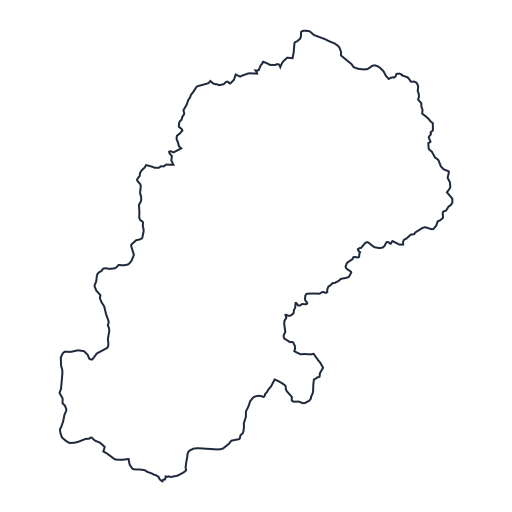 the district of Dinh Hoa, Thái Nguyên, Vietnam
{"feature_id": "81297802B90284781247335", "entity_name": "Dinh Hoa", "entity_type": "district", "adm_level": 2, "iso_a3": "VNM", "parent_name": "Vietnam", "parent_adm1": "Thái Nguyên", "projection": "albers", "projection_center": [105.636, 21.896], "detail": "fine", "context": "isolated", "style": "outline", "palette": "slate", "viewbox_px": 512, "rotation_deg": 0, "n_neighbors": 0, "source": "geoboundaries", "source_scale": "gbopen_adm2", "svg_char_len": 5975}
<svg xmlns="http://www.w3.org/2000/svg" viewBox="0 0 512 512"><path d="M146.1,165.1L144.7,167.5L141.7,170.3L140.7,171.8L140.0,173.2L139.7,176.0L137.9,178.1L137.0,179.8L137.6,181.1L140.3,184.3L140.8,185.8L140.1,192.7L140.3,194.4L141.1,196.2L141.2,200.1L140.5,202.2L139.0,204.7L139.4,212.7L139.2,217.7L140.3,220.2L142.0,221.2L142.7,221.9L143.0,222.8L142.8,226.3L143.5,228.8L143.6,231.4L142.3,237.8L142.0,238.3L140.0,239.4L136.2,240.2L131.3,244.6L131.2,246.1L133.9,254.9L131.5,260.8L129.4,263.4L128.0,264.4L125.4,265.1L121.9,265.3L118.7,264.9L116.3,267.4L115.0,268.2L113.7,268.5L109.4,268.9L105.5,268.2L103.1,268.7L101.5,270.9L99.2,272.2L97.6,273.8L96.9,275.6L96.2,281.4L94.6,285.4L94.6,286.4L96.3,290.6L100.4,295.1L99.9,297.6L100.3,299.3L101.5,302.2L104.2,306.4L106.0,313.9L108.6,321.3L108.5,323.2L107.8,325.4L108.9,327.7L109.3,330.6L107.9,338.9L108.4,343.9L108.0,346.7L107.2,347.9L96.8,353.5L92.3,359.5L90.1,359.3L89.3,358.7L87.6,354.7L83.9,351.1L78.0,350.3L70.7,351.9L64.7,351.7L62.9,353.2L60.8,357.3L61.0,365.2L62.3,370.0L62.4,373.3L61.0,388.9L59.6,392.5L59.7,393.2L62.6,398.4L62.6,403.4L65.0,405.7L66.3,409.4L66.1,411.1L64.4,414.9L63.2,421.2L61.2,427.1L60.1,428.8L60.0,430.2L60.6,433.8L62.0,437.5L66.0,441.0L69.5,443.0L74.0,442.8L77.7,442.0L85.7,438.9L88.3,438.8L89.9,438.4L90.4,437.7L91.1,437.5L91.9,437.8L94.9,440.6L99.8,442.6L102.9,445.2L104.7,447.0L103.4,451.5L107.0,453.5L114.2,458.9L115.8,459.6L122.1,459.8L128.6,459.0L129.1,462.3L129.8,464.9L132.5,468.8L134.3,469.4L139.5,469.5L144.5,470.1L147.4,471.9L152.1,473.6L153.7,474.6L155.7,475.1L158.5,476.8L159.4,478.8L160.8,480.4L162.5,481.3L162.8,480.1L163.3,479.7L165.1,479.4L165.7,476.4L167.7,476.9L168.4,476.3L170.7,477.0L177.4,475.7L183.4,472.6L186.1,470.4L185.6,467.7L186.2,462.5L187.4,456.1L187.4,454.4L188.3,452.0L189.8,450.4L193.7,448.6L197.9,448.2L216.6,449.4L220.1,449.3L223.0,448.5L223.9,447.8L228.8,443.9L231.3,440.7L239.2,439.1L239.8,438.5L240.2,436.2L240.8,435.0L242.8,433.1L243.5,431.1L244.0,426.1L243.8,423.5L245.9,416.8L245.9,411.5L248.4,406.5L250.2,401.2L252.9,397.9L253.9,397.0L255.9,396.3L258.2,395.8L261.3,396.1L263.5,397.0L263.9,396.8L264.9,395.4L265.1,394.0L266.7,392.4L268.7,389.1L271.1,386.4L274.6,379.5L278.1,381.0L282.7,383.6L285.3,385.7L285.7,386.5L285.8,389.1L286.7,391.1L291.9,397.0L291.7,400.0L292.2,401.0L293.9,401.7L298.8,401.6L302.6,403.1L304.8,403.1L309.1,400.8L310.4,399.3L311.0,398.1L311.0,397.0L312.7,393.3L313.1,391.4L313.3,384.9L313.9,379.5L316.3,378.3L316.9,377.6L319.5,376.8L320.0,373.0L323.1,367.8L320.0,362.3L318.4,360.6L313.6,353.8L310.6,354.4L304.4,354.0L300.6,354.3L297.0,352.6L294.3,351.2L295.0,348.6L294.9,346.0L293.2,342.5L292.3,342.0L290.0,342.1L284.5,338.7L283.8,337.4L283.6,336.2L283.9,334.7L285.3,332.0L284.2,324.0L284.4,320.8L286.2,318.1L286.3,317.4L285.5,314.9L286.1,314.8L288.1,315.7L289.5,315.8L291.1,315.3L292.8,314.0L293.5,313.0L294.1,309.8L295.2,307.6L295.6,303.0L296.2,303.0L298.2,305.5L298.7,305.6L300.4,305.3L301.5,304.4L302.5,304.0L305.7,304.3L307.1,303.7L307.2,302.8L305.4,300.5L305.0,299.3L305.3,295.7L306.2,294.1L307.2,293.7L313.6,293.5L319.6,293.7L321.8,292.3L322.8,292.0L323.6,292.0L325.0,292.8L326.3,292.7L327.3,292.0L327.2,289.7L328.4,286.6L330.8,285.0L332.4,283.2L334.9,282.9L338.8,280.8L340.8,278.9L346.5,277.8L348.3,277.2L349.3,276.3L351.3,272.3L351.0,271.7L347.0,269.0L345.8,267.7L345.6,266.5L346.7,263.4L348.4,261.8L352.4,259.2L353.4,257.2L354.9,257.0L357.7,257.5L359.1,256.9L359.4,253.3L360.1,252.3L358.1,250.3L357.9,249.2L359.3,248.2L361.1,247.9L365.0,243.2L366.5,242.3L367.7,242.2L368.7,242.8L372.9,246.2L374.8,247.3L379.6,248.1L382.6,247.6L384.3,246.2L386.5,242.2L388.0,242.0L390.6,243.8L391.2,243.1L392.0,241.5L392.6,241.1L399.4,244.6L403.1,244.6L403.1,241.6L403.8,240.1L404.6,239.4L406.4,238.6L410.8,234.6L414.2,234.2L415.2,232.5L422.6,227.9L425.1,227.2L431.3,229.1L433.0,229.1L433.7,228.7L436.2,225.7L437.7,221.4L440.0,220.4L442.8,218.1L443.0,217.3L442.7,212.8L443.0,211.9L443.7,211.4L446.0,210.6L448.7,206.4L450.8,205.1L452.4,202.5L452.3,198.6L446.9,192.3L449.5,188.9L450.3,187.2L450.0,182.6L447.6,177.7L448.7,173.3L448.9,171.7L448.2,171.1L443.8,169.4L440.9,166.5L438.5,160.3L437.2,159.0L435.0,157.5L431.9,151.8L429.3,149.6L428.7,148.8L428.3,143.1L430.1,142.2L430.5,141.7L429.0,138.2L428.8,136.9L430.9,134.3L430.6,132.7L430.8,132.2L432.9,130.4L432.8,123.2L430.2,121.0L428.9,119.2L425.6,116.2L422.2,113.7L422.5,109.8L421.4,106.7L421.3,103.3L418.1,99.6L419.0,96.7L418.6,93.2L417.7,91.1L418.2,86.4L417.3,84.0L416.2,82.5L414.1,81.6L410.9,81.7L408.5,78.2L407.6,77.7L407.6,77.3L402.2,75.5L401.8,75.2L401.8,74.6L399.4,73.6L396.5,73.9L395.5,76.4L395.0,77.0L393.8,77.6L392.9,77.3L391.3,77.6L388.7,78.9L385.9,75.8L383.8,71.8L382.8,70.5L379.4,67.3L377.4,66.2L375.2,65.4L372.7,65.6L367.6,69.0L366.3,69.3L363.3,69.4L358.2,68.8L353.7,67.2L351.5,64.1L341.1,55.6L340.9,55.1L341.1,52.2L339.8,48.3L338.8,46.7L337.1,45.2L334.5,43.4L328.8,41.1L325.1,39.2L313.9,35.0L310.3,31.8L308.6,31.0L304.2,30.7L302.2,31.1L301.1,32.0L300.9,36.5L300.1,38.7L297.3,41.2L295.1,42.2L294.5,42.8L293.6,52.9L292.5,58.2L287.2,57.7L283.2,61.4L281.7,63.7L280.3,67.1L279.8,65.7L278.6,64.3L276.8,64.2L275.2,65.0L270.0,64.9L266.6,63.1L263.1,61.7L262.8,61.9L262.6,63.1L260.6,65.5L258.7,70.2L257.7,70.5L255.5,70.4L256.5,71.7L257.1,73.6L249.6,73.3L248.1,73.5L242.4,75.5L240.1,76.6L235.7,74.5L234.0,79.7L230.4,83.4L229.7,83.5L227.9,81.8L227.2,81.6L225.6,82.3L223.7,84.2L219.6,85.1L218.5,85.0L217.3,84.3L215.3,84.2L213.2,83.5L210.3,81.0L209.6,82.1L207.8,83.4L197.3,86.3L196.4,87.1L192.8,92.6L190.9,94.8L190.1,97.4L188.3,99.9L186.7,104.6L183.4,110.3L184.2,113.0L184.0,114.4L182.3,116.9L181.6,119.7L180.0,121.1L179.0,123.5L178.9,126.7L181.6,129.0L182.4,130.6L179.5,133.8L177.1,135.6L176.7,136.8L176.6,139.2L178.2,143.1L178.8,146.1L181.2,148.4L173.5,152.4L170.8,151.3L169.7,151.3L169.2,151.7L169.4,153.1L171.9,156.2L171.3,160.3L173.4,164.8L166.0,164.6L164.0,166.3L160.8,166.3L159.1,167.6L158.2,167.8L154.4,167.7L152.5,166.8L146.1,165.1Z" fill="none" stroke="#1e293b" stroke-width="2"/></svg>